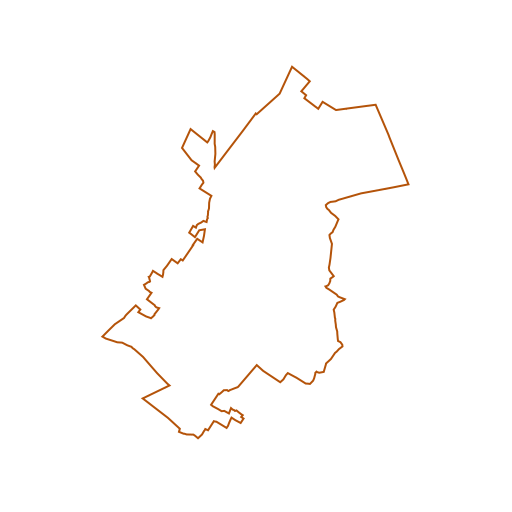 the district of Yaxkukul, Yucatán, Mexico, rotated 120°
{"feature_id": "50627088B96135339135610", "entity_name": "Yaxkukul", "entity_type": "district", "adm_level": 2, "iso_a3": "MEX", "parent_name": "Mexico", "parent_adm1": "Yucatán", "projection": "albers", "projection_center": [-89.436, 21.056], "detail": "fine", "context": "isolated", "style": "outline", "palette": "amber", "viewbox_px": 512, "rotation_deg": 120, "n_neighbors": 0, "source": "geoboundaries", "source_scale": "gbopen_adm2", "svg_char_len": 3933}
<svg xmlns="http://www.w3.org/2000/svg" viewBox="0 0 512 512"><g transform="rotate(120 256 256)"><path d="M272.6,154.9L272.5,155.0L270.8,155.9L270.0,156.8L265.8,159.9L263.6,161.9L260.1,161.7L255.9,162.1L253.7,160.3L250.1,157.8L249.0,157.5L249.9,163.1L250.0,164.8L249.1,166.8L248.4,176.2L248.4,179.1L247.6,180.6L247.1,180.1L245.3,178.9L243.2,178.8L240.6,179.2L238.4,180.3L235.5,178.9L234.6,178.6L232.8,182.9L231.8,185.3L229.6,187.1L226.8,188.0L220.5,190.5L207.5,196.3L204.6,199.7L203.5,201.0L201.1,202.9L199.2,202.5L197.1,201.6L194.5,202.0L191.1,201.9L184.2,202.8L183.0,202.9L181.7,207.5L181.1,212.6L179.7,216.0L179.5,217.7L178.6,219.6L177.0,221.0L174.1,220.0L171.9,218.5L170.8,217.0L168.8,214.4L166.0,212.5L149.2,196.3L143.0,189.0L142.9,188.9L127.9,171.4L117.7,159.8L113.9,164.6L109.4,170.4L101.5,180.7L86.2,200.2L85.7,200.7L85.3,201.3L84.9,201.7L65.8,227.2L65.7,227.3L65.2,228.0L69.9,234.1L70.0,234.2L70.1,234.4L83.4,251.7L83.5,251.7L83.5,251.8L89.6,259.7L89.2,275.4L97.4,275.7L97.1,277.8L96.9,279.8L96.7,281.2L95.2,293.0L91.7,293.0L90.7,299.1L77.8,296.8L77.1,300.2L74.1,319.4L103.6,316.7L112.5,319.6L132.9,326.3L132.7,327.5L132.9,327.5L133.0,327.5L154.3,330.0L182.2,333.6L200.3,335.9L199.8,336.3L197.4,337.3L194.8,339.1L188.6,341.9L187.6,342.4L181.9,345.9L179.5,347.9L171.1,352.7L169.4,353.9L169.4,355.8L172.7,355.4L176.0,354.9L180.6,354.8L182.0,355.0L178.8,376.1L199.4,374.1L205.3,359.7L206.2,350.5L213.2,351.0L214.6,347.2L215.1,345.3L215.6,343.4L215.6,343.2L216.5,341.7L217.3,339.5L218.8,338.2L219.4,338.2L220.9,338.5L225.7,338.7L226.2,324.7L229.4,324.5L233.3,323.2L238.3,320.5L240.3,320.0L241.3,319.9L241.9,319.4L242.7,319.1L244.6,318.1L246.5,317.6L247.2,316.7L248.9,316.7L250.1,316.2L251.3,315.8L251.9,319.1L254.4,320.2L257.0,322.0L258.8,322.7L261.5,322.2L261.4,325.5L269.2,325.5L269.5,323.0L270.2,318.3L262.1,318.0L258.4,313.6L264.6,311.1L270.9,309.1L270.5,315.5L278.1,316.2L278.1,315.8L296.5,317.2L296.4,319.5L301.5,320.2L300.8,327.5L309.1,328.2L314.4,329.1L315.4,328.7L316.2,328.2L317.2,327.8L318.6,327.2L320.8,326.6L320.7,330.2L320.7,332.9L320.6,333.2L320.5,335.6L320.4,337.8L322.0,337.7L326.7,337.7L327.7,338.4L327.8,338.2L328.0,337.9L328.2,337.7L330.9,335.1L331.6,335.2L332.5,336.2L333.2,336.7L334.5,337.2L337.0,338.6L339.5,335.2L339.8,331.1L340.2,330.2L340.1,328.1L348.0,328.8L349.3,319.0L349.9,318.3L350.3,316.6L349.6,313.8L351.2,313.9L357.2,314.8L357.9,314.4L358.6,314.6L359.4,314.8L359.8,314.9L362.4,315.8L362.4,316.2L363.3,320.9L363.5,329.8L360.2,329.4L358.9,335.4L370.8,338.7L372.5,339.1L373.4,339.2L375.7,339.3L385.6,344.1L393.9,346.4L402.6,348.7L402.6,344.8L400.7,336.0L400.1,333.0L398.0,328.7L397.9,327.8L397.7,322.9L397.2,319.9L396.9,318.5L397.5,316.7L397.6,314.7L399.9,303.3L402.5,295.9L406.9,283.1L410.9,268.9L411.4,266.2L436.0,282.9L440.2,251.4L443.7,235.6L446.8,234.8L446.1,229.8L445.7,229.1L445.2,226.8L442.0,220.9L442.1,219.1L442.8,215.1L437.6,213.5L433.5,213.5L432.4,213.3L431.2,213.4L430.9,210.4L420.1,209.9L420.0,209.2L419.3,207.4L419.6,195.5L419.0,195.5L417.1,195.3L414.3,195.8L410.0,196.3L408.2,196.4L408.3,195.0L408.5,191.8L408.4,188.9L408.3,185.8L403.0,185.5L402.8,188.3L400.5,187.9L400.4,190.0L400.3,190.5L400.0,192.9L399.5,195.7L400.7,196.7L400.4,198.2L400.7,199.3L400.2,201.6L405.9,200.7L406.0,206.0L407.6,208.2L407.5,212.2L407.7,218.3L407.3,220.5L394.1,219.7L394.1,218.7L391.7,217.8L389.9,217.2L388.4,216.8L386.6,214.0L386.8,213.2L386.7,212.3L385.1,211.5L378.6,206.2L377.9,206.0L350.1,200.8L351.9,192.4L353.2,171.9L349.2,170.6L344.3,170.5L341.5,169.9L341.2,159.7L341.6,149.2L340.6,147.2L339.8,145.3L335.4,144.2L332.9,144.5L328.4,145.7L327.6,146.2L325.9,145.8L326.0,145.1L325.5,142.9L324.5,141.7L322.5,139.4L314.8,141.3L314.1,141.6L307.7,139.6L300.4,139.1L298.4,138.3L295.1,137.6L291.1,135.9L289.7,136.9L288.4,139.8L288.6,142.4L287.4,143.4L282.7,146.7L280.8,147.9L280.1,148.6L277.8,151.0L276.3,152.1L276.0,152.2L272.6,154.9L272.6,154.9Z" fill="none" stroke="#b45309" stroke-width="2"/></g></svg>